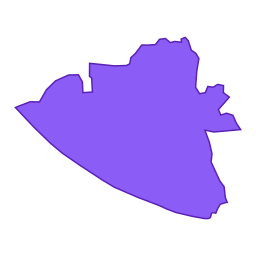 Nishan, Kashkadarya, Uzbekistan (Equal Earth projection)
{"feature_id": "79887680B39289348705167", "entity_name": "Nishan", "entity_type": "district", "adm_level": 2, "iso_a3": "UZB", "parent_name": "Uzbekistan", "parent_adm1": "Kashkadarya", "projection": "equal_earth", "projection_center": [65.65, 38.476], "detail": "fine", "context": "isolated", "style": "filled", "palette": "violet", "viewbox_px": 256, "rotation_deg": 0, "n_neighbors": 0, "source": "geoboundaries", "source_scale": "gbopen_adm2", "svg_char_len": 1070}
<svg xmlns="http://www.w3.org/2000/svg" viewBox="0 0 256 256"><path d="M126.5,65.5L114.5,65.9L89.6,63.3L89.5,76.3L91.7,78.1L92.4,92.0L82.9,92.7L82.4,81.9L78.4,74.8L68.7,75.0L55.6,80.8L46.4,89.8L39.5,101.9L30.1,101.8L20.6,105.4L15.4,107.5L34.4,127.7L51.1,143.8L62.6,153.4L80.2,165.5L102.3,180.0L114.3,187.2L127.0,192.7L138.4,197.6L158.9,205.4L167.0,209.1L175.9,212.5L193.1,216.5L204.9,218.6L208.2,218.6L210.4,217.5L211.5,213.4L212.3,212.8L214.4,212.8L215.8,213.2L217.7,208.5L220.3,204.2L226.3,202.4L227.2,202.4L225.3,197.5L224.1,186.7L219.8,180.9L216.4,173.5L211.1,162.0L212.0,153.8L209.4,142.4L204.9,130.1L213.8,132.0L240.6,129.6L236.4,123.3L232.9,115.3L226.5,113.2L220.8,115.1L218.4,109.6L222.8,104.6L229.3,97.1L223.4,92.7L223.5,85.6L217.8,84.4L213.2,87.2L207.8,86.5L205.3,92.7L199.6,93.7L195.6,87.2L196.8,70.7L198.9,58.6L195.9,53.4L191.3,50.2L188.2,40.6L185.2,37.4L181.2,39.0L181.4,42.2L174.6,41.5L170.3,42.6L165.4,38.5L159.5,39.3L155.4,44.6L148.3,45.1L141.8,45.0L135.2,53.7L130.9,57.6L129.7,63.8L126.5,65.5Z" fill="#8b5cf6" stroke="#5b21b6" stroke-width="1.5"/></svg>